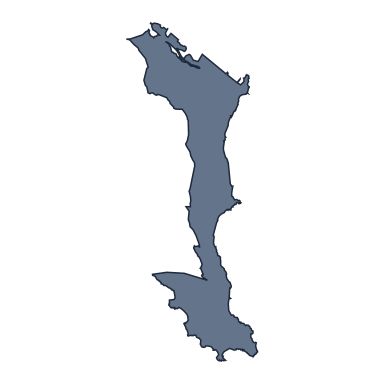 East Mahe, Anse Royale, Seychelles (Natural Earth projection)
{"feature_id": "34574756B49819614716360", "entity_name": "East Mahe", "entity_type": "district", "adm_level": 2, "iso_a3": "SYC", "parent_name": "Seychelles", "parent_adm1": "Anse Royale", "projection": "natural_earth1", "projection_center": [55.513, -4.728], "detail": "fine", "context": "isolated", "style": "filled", "palette": "slate", "viewbox_px": 384, "rotation_deg": 0, "n_neighbors": 0, "source": "geoboundaries", "source_scale": "gbopen_adm2", "svg_char_len": 5967}
<svg xmlns="http://www.w3.org/2000/svg" viewBox="0 0 384 384"><path d="M150.5,23.6L152.0,24.3L151.7,26.1L152.9,29.7L156.3,31.9L159.4,35.1L157.5,35.0L156.4,36.2L154.9,36.4L153.9,37.8L153.0,36.8L151.1,36.1L150.0,35.1L150.1,34.4L149.3,33.6L149.0,32.5L149.5,30.8L148.7,29.5L147.4,31.1L145.8,31.7L142.6,34.8L130.2,39.0L126.4,39.1L129.7,39.8L134.2,44.7L137.7,47.6L138.6,48.7L138.7,50.0L139.6,51.2L145.4,58.4L148.2,67.2L146.8,68.5L143.9,80.2L145.3,85.2L146.8,86.9L148.1,92.9L150.0,93.7L151.4,92.9L152.7,92.9L155.5,94.9L156.8,95.2L157.9,94.4L159.4,94.8L166.8,97.7L168.0,100.0L169.7,101.5L170.2,103.5L173.6,107.0L173.9,108.3L175.9,109.1L182.3,109.3L185.3,113.3L187.3,117.4L187.4,119.0L188.2,120.5L188.6,134.8L187.2,141.2L185.7,143.9L186.2,145.6L190.0,151.9L190.8,155.9L192.8,160.1L194.3,162.2L194.8,165.6L190.0,189.0L189.1,191.2L190.4,196.4L190.8,200.7L190.2,203.8L190.4,206.7L186.0,206.7L189.1,211.1L188.3,219.6L189.6,223.3L190.1,226.7L193.1,229.8L196.1,235.6L199.5,245.1L198.9,245.4L199.4,246.9L197.5,246.1L195.4,246.6L194.4,245.8L193.6,247.9L195.6,252.1L197.5,254.4L197.6,255.8L199.0,256.9L200.5,259.6L201.0,261.6L201.6,262.5L202.0,265.1L201.2,266.4L201.5,267.0L200.2,268.3L201.1,269.2L203.2,274.6L201.8,275.0L201.6,275.7L202.3,276.8L207.4,280.3L184.2,273.3L166.8,272.3L152.5,274.3L152.6,275.3L155.2,276.4L157.1,279.7L158.0,279.9L159.1,281.1L159.6,281.0L160.6,282.5L161.2,282.7L161.2,283.9L162.6,284.1L163.9,285.5L165.8,285.5L168.5,287.6L170.6,288.5L171.7,289.9L172.4,289.6L173.3,290.8L173.9,290.7L175.2,297.4L174.2,299.5L169.4,300.1L169.5,303.1L169.2,303.2L168.8,305.1L169.5,305.3L169.9,306.5L171.3,307.9L172.0,307.6L173.2,308.0L173.4,307.5L174.2,308.1L174.7,307.7L174.9,309.1L176.0,308.6L177.6,308.6L178.5,307.4L180.9,308.4L184.2,311.2L186.9,314.3L187.7,316.1L188.2,320.3L186.5,322.4L186.0,322.4L185.6,323.5L184.4,323.0L183.9,323.6L185.6,326.9L186.1,329.0L186.8,329.5L187.5,331.3L188.1,333.4L188.2,334.1L187.7,334.6L187.8,335.8L188.8,336.0L190.6,335.2L191.8,335.7L193.4,335.6L193.7,335.1L195.9,335.3L196.4,337.1L198.6,338.2L198.9,338.0L200.9,340.3L200.3,344.2L201.8,346.9L203.9,347.4L205.3,346.9L205.8,345.9L208.1,346.0L211.2,346.7L213.1,348.9L213.1,350.2L214.9,350.1L215.1,349.6L216.0,350.0L217.3,351.5L218.6,354.0L218.5,354.8L216.5,357.7L217.2,359.3L218.2,360.3L219.4,360.8L220.0,360.8L219.9,360.2L221.3,361.0L221.8,360.2L223.4,360.7L224.0,360.2L224.4,360.4L224.3,359.9L225.2,360.0L223.0,358.0L222.7,357.5L223.3,356.2L222.2,355.8L222.1,355.0L223.5,352.3L224.9,351.1L229.7,348.4L234.2,350.1L236.2,349.7L236.2,349.0L236.9,348.6L238.4,349.3L240.1,349.0L240.9,350.0L241.6,349.6L241.9,349.9L242.2,349.4L243.0,350.9L243.9,349.8L244.6,351.1L247.3,352.8L247.3,353.4L248.0,353.6L249.7,355.5L252.7,356.4L253.4,355.9L253.4,356.4L254.7,354.8L254.6,354.4L255.3,354.4L256.5,353.4L256.4,352.5L257.6,351.9L257.4,350.8L256.8,350.5L255.6,345.9L256.3,342.8L255.6,342.4L254.3,342.7L253.4,342.2L252.3,340.3L251.9,338.7L250.8,337.3L250.9,333.8L252.0,334.0L253.0,333.1L253.0,331.1L251.5,330.3L251.1,328.5L250.2,328.2L249.9,326.8L248.3,325.2L246.4,325.1L245.6,325.6L243.7,323.5L241.3,323.1L240.9,322.3L240.2,323.0L239.6,321.9L238.7,321.6L238.3,319.1L237.5,318.8L237.4,317.6L234.4,317.1L233.8,316.2L233.9,315.5L233.0,315.0L231.4,315.3L228.8,310.7L228.3,304.3L228.7,300.1L229.2,298.3L229.9,298.7L230.6,298.4L229.2,297.3L229.7,288.5L229.8,288.0L230.3,288.3L230.9,287.7L231.3,286.3L230.0,282.3L228.9,281.6L226.8,278.6L226.1,274.8L226.6,274.3L225.9,272.0L224.3,269.9L224.2,268.7L221.2,266.0L220.6,264.5L220.7,261.1L220.2,257.6L220.5,257.3L219.5,256.1L217.7,255.6L217.6,253.4L216.4,251.5L216.7,250.5L215.8,248.1L215.8,246.8L215.1,247.0L213.9,244.5L213.5,242.6L214.1,236.3L213.2,235.4L216.6,222.7L217.9,220.1L217.5,219.8L218.0,218.0L219.2,216.0L221.3,214.0L224.4,212.5L224.7,211.6L226.8,209.7L227.3,210.0L227.7,209.5L228.2,210.1L228.4,209.6L229.4,209.3L230.1,210.1L230.9,210.0L230.8,208.9L231.8,207.0L232.7,206.9L232.4,206.6L232.8,206.0L234.1,205.3L234.7,204.2L235.9,204.5L236.6,202.6L237.4,202.8L238.1,202.4L239.0,203.7L239.5,203.1L240.0,203.5L240.7,203.2L240.9,202.6L240.0,202.2L240.1,201.1L239.1,200.3L238.1,200.6L236.8,199.5L234.5,199.8L232.9,196.8L231.8,196.2L231.7,192.9L232.8,186.1L231.9,186.4L230.3,183.9L228.2,162.4L227.4,161.5L227.6,160.5L226.4,158.0L225.8,157.8L225.3,156.9L223.5,150.1L223.4,147.7L224.4,140.6L223.8,141.2L223.7,140.7L225.2,139.9L225.0,138.3L225.3,137.2L225.7,137.2L225.0,136.0L224.8,133.7L228.0,126.0L228.5,121.9L230.4,117.3L231.0,117.6L232.0,116.0L229.9,115.7L232.0,115.8L233.9,111.6L234.8,110.7L235.1,111.0L236.0,109.7L235.8,109.3L238.1,104.3L237.8,103.7L238.6,101.2L238.5,99.1L239.7,96.3L242.2,94.7L246.0,94.2L246.9,93.0L247.9,93.4L247.2,92.5L248.0,90.8L248.4,87.9L249.0,87.8L249.3,86.9L247.9,85.7L247.5,84.5L247.7,83.1L248.6,81.7L248.1,79.2L249.1,78.3L248.6,77.3L248.9,76.1L247.5,75.0L246.6,75.4L246.3,75.0L245.1,77.7L243.5,78.2L244.1,79.4L243.7,81.9L240.6,84.8L237.3,82.8L240.1,79.4L240.1,78.9L237.0,82.6L227.5,75.0L228.1,73.4L227.5,72.3L225.9,73.8L202.3,54.3L198.1,61.5L193.3,60.2L190.4,55.1L189.2,54.4L186.0,55.8L184.9,57.2L184.2,59.3L183.3,59.4L183.5,58.3L181.6,56.9L178.6,51.3L177.0,49.2L176.3,49.5L176.4,48.7L177.1,48.4L179.3,49.6L181.2,49.7L184.2,51.4L185.4,50.7L186.3,48.7L185.9,47.0L184.6,46.1L182.7,46.2L181.7,45.2L180.3,44.8L179.5,43.0L177.4,41.6L178.4,39.7L171.0,33.4L168.1,37.0L166.8,36.5L165.6,34.2L165.5,32.9L168.0,28.1L166.9,30.0L163.6,27.4L162.7,28.1L161.3,27.8L160.4,26.8L160.4,25.1L157.8,23.8L154.8,23.2L153.3,23.4L152.6,24.2L150.7,23.0L150.5,23.6ZM165.4,41.6L167.8,42.4L169.9,43.9L176.2,49.9L178.9,54.0L180.7,58.2L181.9,59.5L187.2,61.6L191.1,64.5L198.2,66.6L199.7,67.7L199.6,68.2L198.6,68.0L198.2,68.8L198.6,67.5L197.9,67.0L197.0,67.9L193.9,66.3L190.8,66.1L187.0,62.2L185.6,62.5L182.0,61.4L181.6,60.1L180.7,59.8L180.8,59.3L179.8,58.3L179.4,58.6L178.6,57.9L178.7,57.1L178.0,57.5L176.8,55.9L176.2,54.1L174.5,53.2L173.9,53.3L172.7,52.0L171.7,51.9L170.4,46.6L169.7,46.2L168.8,43.9L165.4,41.6Z" fill="#64748b" stroke="#1e293b" stroke-width="1.5"/></svg>